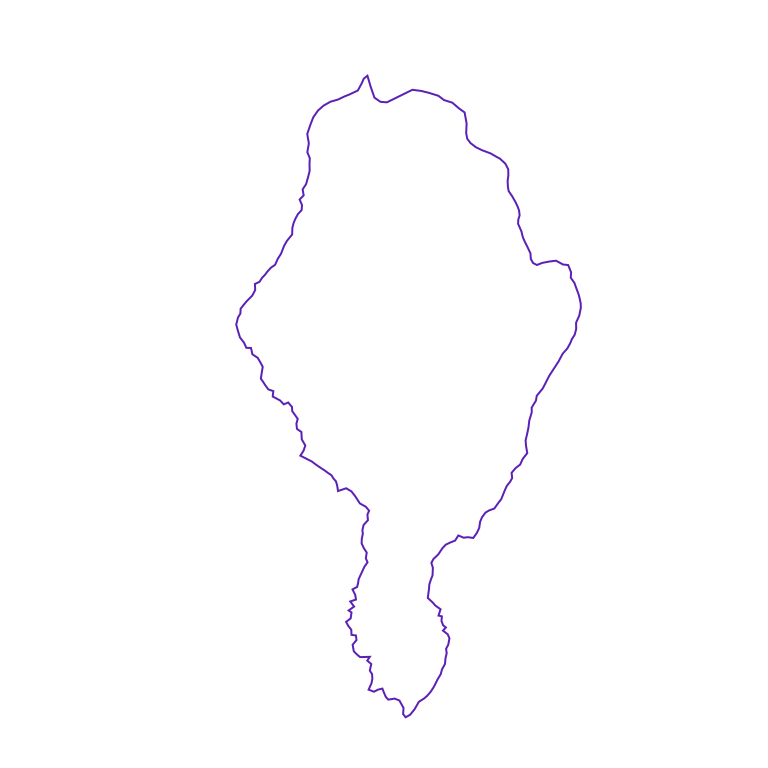 Alexânia, Goiás, Brazil (Robinson projection), rotated 30°
{"feature_id": "56859067B77264834644366", "entity_name": "Alexânia", "entity_type": "district", "adm_level": 2, "iso_a3": "BRA", "parent_name": "Brazil", "parent_adm1": "Goiás", "projection": "robinson", "projection_center": [-48.46, -16.12], "detail": "fine", "context": "isolated", "style": "outline", "palette": "violet", "viewbox_px": 768, "rotation_deg": 30, "n_neighbors": 0, "source": "geoboundaries", "source_scale": "gbopen_adm2", "svg_char_len": 3645}
<svg xmlns="http://www.w3.org/2000/svg" viewBox="0 0 768 768"><g transform="rotate(30 384 384)"><path d="M470.1,609.0L474.1,611.4L478.5,613.1L481.3,617.5L485.4,615.8L488.2,619.5L487.2,625.5L491.5,630.6L495.1,631.6L499.8,632.5L508.1,627.4L507.8,631.9L513.0,632.9L515.0,639.3L518.7,641.2L521.3,645.1L522.8,649.4L523.5,656.4L529.2,655.5L531.6,651.7L534.9,648.6L538.3,651.3L541.9,654.0L545.5,655.2L550.6,651.1L555.6,650.4L562.9,654.8L565.6,660.3L569.4,661.8L572.0,657.4L573.1,650.4L573.1,641.8L576.0,636.2L577.3,632.5L578.3,627.0L578.6,621.9L578.4,617.3L578.1,613.1L578.2,606.8L576.9,602.1L576.8,595.9L574.5,591.1L572.8,585.6L570.2,582.4L570.0,577.6L567.8,571.5L564.3,568.9L558.4,568.1L559.3,563.9L555.8,563.4L552.3,560.5L550.3,556.3L547.0,557.3L545.6,550.8L539.2,550.2L535.5,548.9L528.9,547.4L525.4,538.9L523.4,534.7L522.4,529.9L521.7,525.4L518.2,518.7L514.5,515.3L514.3,510.9L516.2,504.5L516.7,497.0L517.8,492.3L520.6,488.2L523.9,484.0L524.1,478.0L529.8,477.3L533.3,474.7L538.3,472.7L538.9,466.5L538.4,461.0L536.1,455.2L535.5,450.3L536.2,444.6L538.2,441.0L541.8,436.7L542.5,429.4L543.1,425.1L541.8,415.7L541.3,410.8L542.1,405.5L542.0,401.3L538.9,397.1L540.0,391.0L542.2,385.7L541.6,379.6L542.6,372.2L537.9,366.5L534.8,362.0L532.8,355.3L530.9,349.5L528.1,343.0L526.1,334.6L523.7,330.6L523.9,322.5L522.2,317.9L523.7,308.4L523.5,303.4L523.2,298.9L523.0,294.1L523.4,286.3L523.9,277.5L523.6,268.3L525.0,261.5L524.9,255.8L524.3,251.4L524.5,246.0L523.0,240.4L519.7,234.9L518.9,227.1L516.4,219.7L514.1,215.9L510.7,212.1L507.4,208.8L502.9,205.1L498.3,201.2L492.6,198.6L490.2,193.7L484.0,188.9L479.3,191.0L471.4,191.2L465.9,195.3L460.5,200.0L456.9,204.5L452.6,204.7L448.6,202.3L445.6,197.7L439.6,193.5L435.4,190.8L430.9,187.5L426.8,183.2L420.0,178.2L418.1,174.5L417.2,170.3L414.3,166.3L411.6,164.0L407.4,161.0L401.1,157.3L395.5,154.6L392.9,151.5L389.6,146.5L387.3,141.0L384.2,135.9L378.9,132.5L371.8,130.9L367.6,131.0L361.0,131.0L352.1,132.5L345.2,133.0L338.4,132.1L333.5,130.0L329.7,125.6L325.3,117.1L318.0,108.5L311.0,107.8L302.5,106.2L294.0,108.1L287.0,107.2L276.9,109.5L269.7,111.6L261.5,115.0L245.7,138.6L239.8,141.4L232.6,140.8L224.0,133.4L215.5,125.3L213.8,129.8L214.4,135.2L214.6,142.9L208.9,151.1L206.0,154.7L202.0,160.6L196.5,166.3L192.5,173.1L190.1,180.2L189.4,188.5L190.7,196.8L192.5,205.8L198.6,213.2L201.7,221.6L206.8,225.5L209.6,230.9L213.1,236.7L214.8,242.7L216.6,249.9L216.2,256.1L220.1,260.8L218.7,266.4L223.6,270.1L225.7,274.6L224.5,279.8L224.6,284.8L225.2,289.6L226.6,294.7L229.7,300.4L228.4,308.4L228.4,314.3L229.7,322.8L229.4,328.6L230.1,335.2L227.9,339.9L226.8,344.9L226.3,349.1L225.3,352.9L225.1,357.8L222.2,361.9L225.5,367.1L225.7,373.4L223.7,380.9L222.9,385.5L222.2,390.5L224.4,394.8L224.3,399.4L226.3,406.4L230.7,410.8L236.0,415.7L242.1,418.2L246.7,421.5L250.8,419.3L255.2,424.1L261.6,424.5L266.8,427.5L270.4,429.8L273.0,436.7L274.7,441.0L278.1,442.5L281.7,444.4L286.5,446.5L291.7,445.5L293.9,450.5L302.2,450.2L307.4,451.7L310.3,447.9L315.8,449.9L318.1,453.4L322.3,455.3L326.7,457.3L328.0,462.2L331.1,466.4L336.5,466.9L340.5,473.1L346.6,476.6L347.7,482.1L347.4,487.9L354.7,487.5L360.2,487.2L365.8,487.9L371.3,488.3L375.4,488.5L379.8,489.0L384.1,489.3L387.7,491.2L391.0,492.3L394.0,495.1L397.7,499.7L403.4,493.2L409.5,493.3L415.2,495.6L422.8,499.5L429.7,499.4L434.5,501.2L434.9,505.3L438.2,510.0L436.8,516.2L438.3,521.2L440.6,524.4L442.1,529.0L444.3,533.2L448.5,536.2L453.3,538.6L455.4,544.0L458.9,546.7L458.4,552.0L458.9,557.5L459.6,565.6L461.1,569.4L462.2,573.2L459.4,577.6L464.5,581.0L467.5,584.7L463.5,589.2L469.4,591.7L466.6,597.8L470.1,598.1L472.3,603.6L470.1,609.0Z" fill="none" stroke="#5b21b6" stroke-width="2"/></g></svg>